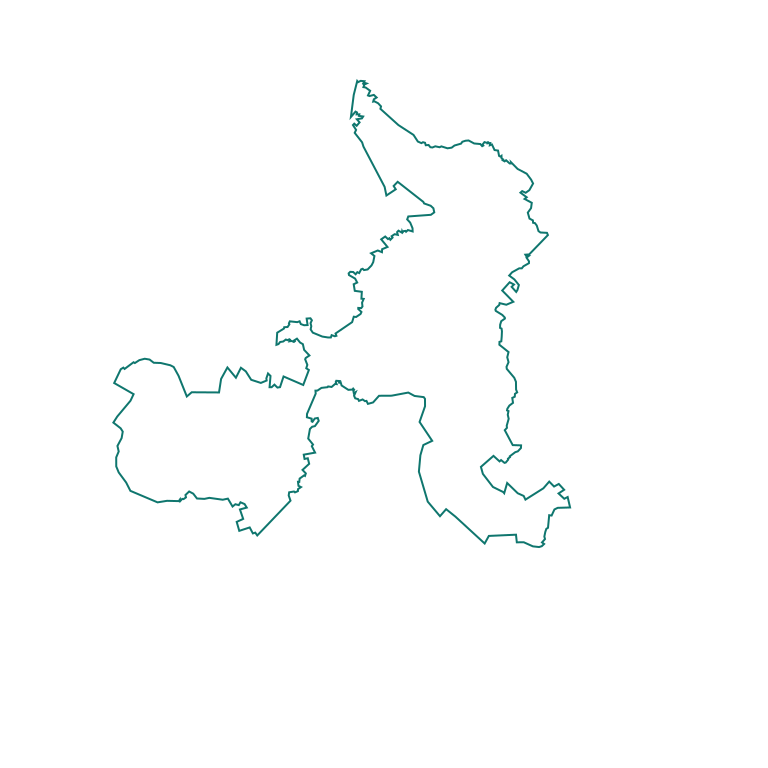 the district of Pichucalco, Chiapas, Mexico, rotated 313°
{"feature_id": "50627088B71001780437280", "entity_name": "Pichucalco", "entity_type": "district", "adm_level": 2, "iso_a3": "MEX", "parent_name": "Mexico", "parent_adm1": "Chiapas", "projection": "mercator", "projection_center": [-93.132, 17.509], "detail": "fine", "context": "isolated", "style": "outline", "palette": "teal", "viewbox_px": 768, "rotation_deg": 313, "n_neighbors": 0, "source": "geoboundaries", "source_scale": "gbopen_adm2", "svg_char_len": 6166}
<svg xmlns="http://www.w3.org/2000/svg" viewBox="0 0 768 768"><g transform="rotate(313 384 384)"><path d="M343.7,469.3L327.8,496.2L325.5,515.1L334.8,514.8L335.7,526.6L336.0,566.4L344.4,564.3L363.8,583.3L358.8,589.1L363.6,594.2L366.8,603.6L370.5,608.6L373.0,610.0L376.2,610.2L375.9,607.6L380.4,607.5L381.8,605.3L385.9,602.8L388.8,601.5L390.7,602.0L400.7,594.3L402.1,596.3L408.5,594.2L411.9,595.5L420.6,604.3L426.6,595.4L423.0,594.1L423.0,586.3L429.5,587.9L430.1,580.0L425.0,578.3L425.3,571.4L416.4,571.7L395.9,566.3L397.4,562.5L395.3,556.3L395.6,541.6L386.1,546.4L386.3,544.9L383.0,533.9L385.7,517.6L389.5,511.4L406.1,513.1L406.2,521.3L408.2,521.5L408.5,525.9L409.6,526.6L413.4,526.4L413.9,525.6L416.5,526.0L416.9,525.3L423.7,526.5L426.0,527.8L430.6,527.8L432.6,526.1L427.1,519.8L432.6,503.8L435.8,503.8L437.2,502.2L443.6,498.9L445.9,495.5L449.1,493.5L448.6,492.0L450.0,491.1L453.7,490.4L458.2,491.2L461.3,487.3L463.9,488.3L466.1,486.5L468.7,487.1L470.0,484.4L475.6,479.0L477.4,475.0L478.8,463.5L480.1,461.9L484.9,460.2L487.6,455.9L492.3,453.3L491.4,441.6L493.6,439.7L495.2,440.7L498.9,437.8L503.0,434.3L504.7,432.2L504.2,430.6L506.6,428.5L509.9,426.9L514.3,427.8L515.0,427.0L515.2,423.4L513.7,415.9L514.3,414.8L516.2,414.0L520.4,414.4L522.0,413.4L525.4,419.4L532.3,422.5L533.0,406.7L544.1,406.5L545.4,411.2L542.1,411.1L541.5,417.9L543.7,417.5L548.4,415.1L549.4,408.0L548.7,401.6L553.1,401.5L560.8,404.0L562.6,405.9L565.2,405.7L571.2,407.6L572.6,406.4L573.6,402.1L576.2,402.5L574.6,400.6L575.0,399.2L577.8,401.8L604.7,402.3L605.7,400.1L601.5,395.1L601.2,392.7L604.1,387.6L604.6,384.6L603.6,383.1L605.2,381.3L604.2,377.6L607.4,372.3L612.9,371.6L617.3,368.5L615.2,360.6L617.9,361.0L617.0,353.3L619.3,353.5L620.5,357.2L624.9,358.1L632.3,356.3L633.8,352.2L635.1,345.0L632.4,335.0L632.8,325.9L632.2,326.8L631.0,325.5L630.9,320.7L629.1,320.4L628.6,318.1L629.5,318.0L629.2,316.2L631.0,314.3L629.7,314.1L629.3,312.6L632.5,308.2L630.5,305.3L632.8,299.6L630.8,298.6L632.7,297.4L630.9,295.8L632.6,295.2L630.7,295.0L629.4,292.5L626.3,292.8L626.1,294.0L624.9,293.6L625.2,290.8L621.4,285.9L619.8,279.8L617.5,277.7L614.6,276.1L612.3,276.4L606.5,272.9L603.0,272.3L599.7,269.7L596.9,263.9L595.1,263.2L592.8,259.4L590.0,258.1L588.8,256.4L589.2,253.6L587.1,251.7L588.4,249.5L587.4,247.6L585.7,247.1L584.4,243.4L586.3,235.7L583.2,218.0L582.8,193.7L585.0,192.5L585.3,188.2L584.2,184.2L583.2,183.5L585.3,182.4L588.5,183.2L588.5,179.4L584.7,177.0L584.1,175.5L589.0,173.9L588.3,168.3L587.1,166.5L589.6,165.4L591.9,166.3L591.1,164.6L588.6,164.1L592.1,163.2L589.8,160.2L587.1,159.2L587.3,157.8L574.8,164.7L556.7,177.7L563.8,177.4L564.2,179.1L562.5,180.1L564.4,182.0L563.0,182.8L565.4,186.3L563.2,186.7L559.1,183.6L558.7,187.7L554.2,187.9L554.1,184.7L552.2,184.7L550.8,190.3L547.7,191.3L545.8,203.2L543.6,207.1L528.6,250.0L523.5,257.2L534.4,259.8L535.4,256.0L541.2,256.1L544.0,288.6L543.4,290.2L546.2,296.6L546.2,300.3L543.8,303.7L539.7,302.9L523.1,287.5L520.2,288.7L519.9,293.1L517.4,298.6L515.1,300.9L512.9,296.5L510.4,296.3L510.6,295.3L509.2,294.1L507.5,294.2L508.0,293.1L506.9,293.8L506.0,290.0L504.0,290.0L502.5,292.4L500.8,289.6L497.3,288.8L496.9,290.4L493.8,290.3L494.3,288.5L492.7,288.1L492.7,284.3L487.9,283.3L486.6,293.1L481.3,290.7L479.0,292.6L477.4,288.4L470.8,285.4L471.1,289.7L465.8,293.0L462.2,294.0L456.6,293.9L453.7,291.7L453.7,289.8L452.3,289.1L448.2,290.2L447.6,288.2L444.9,288.4L444.9,285.1L443.0,282.8L440.8,282.7L439.8,284.1L441.4,291.0L439.9,295.2L436.3,293.8L432.2,299.1L436.3,304.9L431.0,309.3L432.4,311.1L428.5,312.5L426.0,315.4L424.0,315.6L422.1,313.3L421.3,314.0L421.3,318.4L419.2,319.1L414.0,317.9L412.6,316.0L407.5,318.5L387.9,314.1L386.8,316.3L385.4,315.5L384.0,312.4L381.8,313.4L379.9,311.4L376.6,306.5L373.0,296.9L373.9,293.1L376.7,291.4L378.4,288.8L381.4,287.8L381.9,285.4L379.1,282.8L375.0,287.9L372.5,285.5L371.1,282.3L372.3,279.5L370.1,278.4L365.6,272.4L363.5,273.1L363.1,274.1L359.9,274.6L357.5,272.3L356.3,273.0L348.7,270.9L339.3,278.6L341.2,279.6L343.9,279.4L346.3,281.3L349.6,281.9L350.1,283.4L352.2,284.3L352.3,285.1L350.7,285.7L352.5,287.1L353.3,289.4L354.5,289.6L354.7,288.6L357.8,289.4L357.1,294.4L357.8,297.5L354.5,302.3L354.0,310.0L349.6,309.0L348.3,309.5L345.7,314.9L342.5,316.4L343.0,319.5L328.2,325.6L321.0,305.4L310.8,310.1L308.7,308.5L308.8,304.3L305.0,304.0L303.6,302.5L312.5,295.5L312.6,292.0L307.9,294.1L306.5,295.8L300.8,293.2L296.5,284.0L299.0,274.3L298.3,268.3L287.6,271.4L289.3,258.2L276.6,261.4L265.3,269.1L246.8,249.0L240.4,248.3L249.9,228.1L253.0,218.6L252.0,215.0L247.1,206.4L242.5,201.1L242.0,195.9L239.3,191.8L234.6,188.8L229.4,187.5L229.1,186.0L218.1,184.0L218.2,182.2L215.3,181.4L200.7,186.0L205.8,207.8L198.9,210.0L178.3,211.1L171.2,212.4L172.0,221.6L171.0,225.4L165.5,229.0L156.9,231.3L153.7,236.0L147.7,238.2L141.1,244.4L138.4,250.3L136.1,262.6L132.9,271.4L143.0,299.1L150.6,305.0L158.4,313.8L160.5,313.5L159.5,314.8L162.4,314.8L163.1,315.9L166.0,316.5L167.4,314.5L172.5,314.8L173.7,319.3L172.7,325.3L177.5,331.0L181.6,333.9L189.4,345.0L193.7,348.0L191.1,356.8L194.7,357.3L196.4,360.4L199.6,359.7L201.1,363.9L200.0,367.9L194.0,364.2L189.3,373.0L182.7,370.3L177.9,378.3L187.5,383.6L185.3,390.0L187.5,391.2L186.8,394.6L234.9,395.2L237.5,390.3L240.1,388.5L244.0,391.5L244.0,392.8L246.9,394.1L248.5,392.8L252.0,393.6L251.2,390.9L253.8,387.8L254.6,388.8L257.3,386.8L262.7,387.9L262.9,388.9L265.3,387.8L265.6,383.0L274.6,383.7L277.7,378.9L275.0,377.0L277.6,373.5L286.8,380.4L289.3,373.6L291.3,373.4L292.4,365.8L300.6,360.5L303.7,360.6L306.1,362.2L312.5,361.4L314.0,358.7L311.5,356.9L307.6,357.5L307.3,356.6L309.3,354.7L307.1,350.3L309.6,348.1L330.4,340.6L332.4,338.4L333.8,339.8L338.5,340.9L343.2,344.9L344.1,344.8L346.1,347.7L350.7,348.2L351.6,349.4L352.6,347.3L353.8,346.9L355.7,349.3L354.9,349.3L354.4,350.4L355.7,351.1L354.0,354.0L355.4,361.9L358.4,364.7L359.6,364.6L359.4,366.1L358.2,366.1L356.7,368.2L358.7,368.8L355.0,370.1L353.9,372.7L355.3,375.4L354.6,377.2L358.1,378.9L358.5,381.8L359.7,382.7L358.5,385.8L363.1,388.6L372.0,388.4L380.6,397.5L394.3,407.6L396.1,414.5L401.5,422.0L401.1,424.1L395.7,429.2L380.5,435.9L375.3,458.0L366.2,454.4L356.7,459.2L343.7,469.3Z" fill="none" stroke="#0f766e" stroke-width="2"/></g></svg>